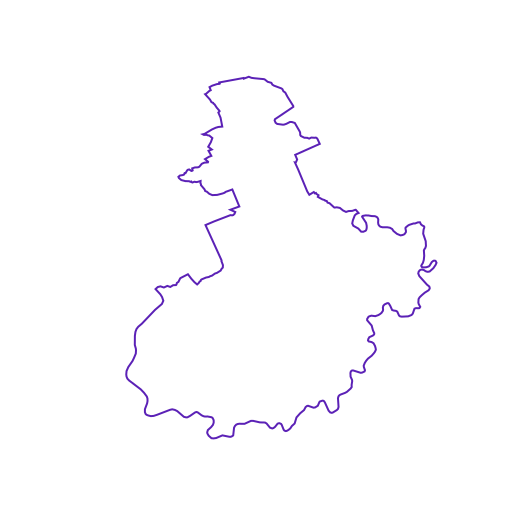 the district of Bac Tan Uyen, Bình Dương, Vietnam, rotated 67°
{"feature_id": "81297802B7309999559024", "entity_name": "Bac Tan Uyen", "entity_type": "district", "adm_level": 2, "iso_a3": "VNM", "parent_name": "Vietnam", "parent_adm1": "Bình Dương", "projection": "natural_earth1", "projection_center": [106.832, 11.138], "detail": "fine", "context": "isolated", "style": "outline", "palette": "violet", "viewbox_px": 512, "rotation_deg": 67, "n_neighbors": 0, "source": "geoboundaries", "source_scale": "gbopen_adm2", "svg_char_len": 6119}
<svg xmlns="http://www.w3.org/2000/svg" viewBox="0 0 512 512"><g transform="rotate(67 256 256)"><path d="M367.0,124.7L363.8,125.0L362.4,124.8L359.2,123.2L358.5,122.3L357.9,121.4L356.9,118.8L355.7,115.0L355.0,110.6L354.4,109.5L353.5,108.6L351.8,108.4L349.2,109.8L338.4,113.5L335.5,113.5L334.0,112.4L333.1,110.8L333.1,109.3L333.3,108.5L334.7,106.8L336.2,105.9L337.2,104.8L337.7,104.0L338.1,102.2L336.5,97.5L334.4,94.2L332.8,92.5L330.8,92.6L330.3,93.0L329.8,94.0L329.8,94.9L330.3,96.6L332.8,100.1L333.1,101.1L332.9,103.6L332.0,106.2L331.0,107.6L329.9,107.8L329.4,107.6L327.5,105.0L325.2,103.1L321.6,101.1L316.5,99.3L315.7,98.5L314.7,96.9L313.1,95.6L308.7,94.0L300.8,93.4L297.3,91.5L295.6,90.0L294.8,89.7L294.2,89.8L293.0,90.9L291.3,91.8L289.0,91.9L288.3,93.9L288.2,96.9L287.6,98.3L287.2,102.8L287.4,104.3L288.3,107.2L289.1,107.7L291.6,108.2L292.7,108.8L293.8,110.6L294.0,111.6L293.9,113.1L293.5,114.9L290.7,117.6L286.7,119.7L284.4,120.1L282.3,121.7L280.8,124.0L279.0,128.3L277.6,130.1L276.1,130.8L274.8,131.0L273.1,130.6L270.0,129.1L268.1,129.2L267.1,129.7L265.8,131.0L264.4,134.0L262.6,136.7L261.4,139.4L260.8,142.1L260.9,142.6L261.3,143.0L268.5,141.7L271.5,142.3L273.4,143.1L274.8,144.1L275.4,144.8L275.6,145.4L275.6,147.8L274.7,149.7L270.7,151.1L266.2,154.6L263.6,154.7L260.9,152.8L257.2,149.2L256.5,147.3L256.5,144.8L252.5,146.1L252.3,146.4L252.1,149.7L250.8,153.3L250.6,155.9L248.1,158.1L244.5,160.0L242.7,162.7L242.2,164.6L241.8,165.1L236.1,167.7L234.8,169.3L233.0,169.4L232.2,170.7L231.4,170.9L229.8,172.8L225.7,176.0L224.5,174.7L222.5,176.1L221.4,176.2L221.4,177.3L219.7,177.8L220.5,183.0L216.5,183.6L193.0,183.4L185.1,183.6L185.5,183.0L185.2,182.5L183.2,180.4L178.2,180.4L177.7,153.5L172.3,153.7L171.6,153.8L170.4,154.6L170.1,155.8L168.6,158.8L168.7,161.2L167.2,162.7L166.0,165.3L163.1,167.8L161.9,168.0L159.8,167.2L158.6,167.1L148.7,168.3L146.7,170.6L145.9,172.3L146.2,176.5L146.0,178.9L145.6,180.0L142.7,184.9L141.0,185.9L138.5,185.9L137.5,185.1L133.3,163.4L132.5,163.1L121.7,164.8L117.0,165.2L115.1,166.4L112.7,166.5L111.7,167.1L106.2,172.9L104.6,174.0L102.6,174.2L100.2,177.2L97.0,178.9L96.3,179.6L91.7,188.1L90.2,190.6L88.2,192.6L88.0,197.9L87.3,197.8L81.9,222.0L83.2,222.0L83.3,222.2L82.5,224.8L82.3,227.4L82.1,229.7L82.4,232.8L85.7,232.9L85.8,234.4L87.2,238.6L87.2,239.6L94.1,237.2L97.0,236.9L98.3,235.6L99.1,235.6L100.2,234.9L104.0,234.2L108.2,232.9L108.6,233.0L109.2,234.6L114.9,234.6L123.7,236.5L122.5,240.3L122.2,242.9L122.3,247.0L123.5,255.6L123.2,257.4L124.2,256.6L125.1,254.2L126.2,253.1L126.8,252.0L130.4,250.1L133.6,253.1L136.8,257.3L140.7,255.1L140.6,258.6L146.4,258.0L146.3,260.8L146.9,265.1L150.5,263.3L151.0,263.7L149.9,267.1L149.9,269.3L150.0,270.0L151.7,273.3L151.7,274.8L150.6,277.7L150.4,280.5L152.5,280.9L152.6,281.8L152.4,282.3L150.2,283.7L150.0,285.2L150.4,286.1L152.2,288.5L151.8,289.3L152.9,290.4L152.9,291.7L152.2,294.6L152.8,296.5L154.1,296.5L156.9,295.1L159.5,291.7L161.0,288.4L162.1,287.4L162.1,286.5L163.0,286.3L163.5,285.8L163.6,283.6L164.6,282.2L165.0,280.6L165.3,277.7L167.3,278.7L168.4,278.6L169.2,279.0L174.7,277.3L176.3,277.4L177.6,276.1L180.5,274.7L182.9,272.4L184.6,267.8L185.4,262.3L185.5,260.1L185.1,259.1L185.5,251.8L203.9,252.0L203.4,261.5L207.4,257.9L208.8,259.3L209.4,260.9L209.3,262.0L208.4,263.6L207.8,281.0L207.8,290.4L246.6,289.4L247.1,289.8L251.5,290.0L253.7,291.1L254.5,292.9L255.6,294.2L256.3,298.6L256.1,300.6L256.9,304.2L256.7,306.1L256.9,307.6L256.3,310.4L256.3,315.4L256.6,316.1L257.4,316.8L257.5,317.9L258.5,319.3L259.2,321.3L256.0,322.9L251.7,324.4L246.2,325.8L246.8,334.0L247.0,334.6L249.5,337.5L249.9,339.4L251.2,340.4L251.5,341.0L250.5,343.7L251.0,347.0L248.9,349.3L249.0,353.1L246.6,355.8L246.2,358.6L247.2,361.4L253.9,359.0L257.1,358.5L261.0,358.8L263.4,361.4L266.1,369.9L273.7,387.5L275.1,392.0L276.5,394.5L278.7,396.6L282.2,398.7L290.5,402.3L294.3,402.8L295.9,403.3L298.9,404.8L302.1,408.1L304.4,410.7L308.3,416.9L311.3,420.1L314.3,421.7L316.4,422.3L318.7,422.3L321.1,421.4L333.7,414.2L338.2,412.5L342.7,411.4L344.8,411.6L347.1,412.5L349.1,413.8L353.6,418.1L356.4,419.3L358.4,419.3L359.4,418.8L360.7,417.5L362.3,415.4L363.2,412.7L363.5,409.3L364.0,395.2L364.4,393.0L366.0,390.8L368.0,389.1L375.9,385.2L377.3,383.3L377.7,382.1L377.4,379.1L376.2,373.2L376.3,371.8L377.1,370.8L381.4,368.3L382.9,367.0L383.8,365.8L384.8,363.3L387.0,360.0L387.9,359.3L390.0,359.1L391.1,359.3L392.9,360.1L394.6,361.6L396.0,364.2L397.4,368.3L399.2,369.8L400.4,370.1L402.9,369.8L406.3,368.2L407.3,366.4L408.0,363.8L408.0,357.0L411.9,351.3L412.5,350.1L412.6,349.0L412.4,347.5L412.1,347.0L405.5,343.3L404.3,341.9L403.5,340.1L403.5,338.5L403.9,336.9L406.0,332.1L405.8,325.1L406.6,323.1L410.7,317.4L412.8,312.8L414.3,311.7L419.5,310.2L421.1,308.4L421.2,307.1L420.7,305.2L418.8,301.7L418.8,300.7L419.1,299.7L420.4,298.5L421.4,298.3L426.8,298.4L427.9,298.0L428.8,297.0L429.0,296.0L428.8,294.1L428.1,291.8L426.5,289.4L425.3,285.9L420.4,281.8L418.0,276.7L416.6,272.0L414.4,269.3L414.0,267.6L414.2,266.6L418.1,262.3L418.5,260.7L418.0,257.6L415.2,254.7L414.9,254.1L415.1,251.5L415.4,250.8L416.2,250.1L417.8,249.8L426.7,249.6L429.0,248.8L430.0,247.5L430.1,246.4L429.4,241.8L428.8,240.3L427.2,239.0L418.9,236.1L417.4,234.9L416.7,233.5L416.6,232.1L416.8,227.5L416.6,225.4L415.0,220.7L414.0,219.1L412.1,218.4L408.7,216.3L407.5,216.0L404.1,216.1L400.6,214.8L399.3,213.8L398.9,212.4L399.3,211.3L404.4,205.3L404.8,203.9L404.7,201.2L403.7,200.3L400.3,200.1L399.0,199.7L396.9,197.6L395.4,195.4L394.2,193.0L393.0,188.5L391.7,185.8L390.8,184.2L389.7,182.9L389.1,182.3L387.6,181.9L385.3,181.6L382.2,181.9L380.4,183.2L378.7,185.6L377.5,185.9L376.3,185.1L375.0,183.4L374.9,179.5L374.4,178.0L373.9,177.6L373.2,177.3L370.1,177.4L365.2,176.7L358.6,178.8L357.4,178.3L355.9,176.2L355.8,175.3L356.0,173.1L358.0,169.7L358.2,166.4L357.9,164.5L357.4,162.7L356.1,160.7L355.1,160.0L353.1,159.4L351.5,158.2L350.8,156.5L350.7,153.7L351.0,152.8L351.7,152.3L354.3,151.9L358.9,151.8L359.9,150.7L361.2,148.6L362.4,147.7L366.7,147.6L367.8,147.0L368.8,145.5L371.0,139.5L371.1,135.9L370.3,134.2L366.4,130.7L366.5,129.1L367.7,126.5L367.8,125.9L367.0,124.7Z" fill="none" stroke="#5b21b6" stroke-width="2"/></g></svg>